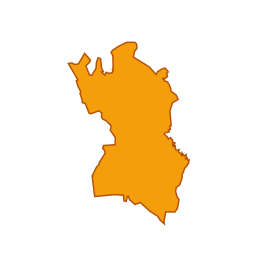 Darazo, Bauchi, Nigeria, rotated 123°
{"feature_id": "59680162B8258215962885", "entity_name": "Darazo", "entity_type": "district", "adm_level": 2, "iso_a3": "NGA", "parent_name": "Nigeria", "parent_adm1": "Bauchi", "projection": "robinson", "projection_center": [10.571, 11.108], "detail": "medium", "context": "isolated", "style": "filled", "palette": "amber", "viewbox_px": 256, "rotation_deg": 123, "n_neighbors": 0, "source": "geoboundaries", "source_scale": "gbopen_adm2", "svg_char_len": 1859}
<svg xmlns="http://www.w3.org/2000/svg" viewBox="0 0 256 256"><g transform="rotate(123 128 128)"><path d="M147.4,53.7L140.3,55.5L137.3,57.5L134.9,57.4L131.7,58.5L124.7,58.0L121.5,59.4L122.4,60.4L121.2,61.7L122.3,62.3L122.4,63.0L120.8,62.6L120.5,63.6L118.7,64.8L120.8,65.6L119.6,68.6L121.2,67.4L122.1,68.1L120.6,69.6L120.6,72.8L118.3,73.3L119.7,74.4L120.2,75.9L118.7,77.9L117.1,78.6L117.4,79.4L118.6,79.7L118.6,80.8L117.0,82.0L116.9,80.1L114.9,80.5L115.6,82.9L113.9,84.1L113.0,87.1L115.3,88.2L114.1,90.1L113.6,94.3L112.2,94.5L108.8,91.4L107.6,93.0L106.2,91.7L104.1,93.9L102.6,93.0L90.9,102.1L82.7,104.5L76.7,101.5L74.0,105.8L73.8,111.7L70.1,115.5L67.9,119.9L68.5,122.9L67.6,125.7L67.0,125.6L66.7,124.0L63.4,122.9L61.2,125.3L59.0,124.8L57.8,128.3L57.7,129.9L60.5,131.9L64.4,133.8L67.8,133.6L65.2,143.5L65.6,162.1L60.5,164.2L56.4,163.9L53.0,166.4L52.4,168.9L56.9,175.8L64.6,180.4L71.1,183.2L73.7,183.4L75.9,179.8L85.4,173.4L87.8,172.8L87.9,171.6L90.3,171.5L92.5,173.6L93.2,176.7L96.3,176.3L95.4,180.7L94.1,179.5L92.2,182.8L84.8,188.7L85.4,191.3L89.9,190.3L95.2,187.4L103.5,187.0L104.3,189.5L98.9,197.1L92.9,196.0L91.4,196.7L89.1,205.0L101.4,204.5L103.9,207.7L104.0,210.5L106.4,213.2L114.9,196.3L116.5,197.1L120.3,192.6L123.2,187.6L125.2,187.0L129.8,181.3L131.7,180.1L130.6,177.4L136.8,168.7L136.3,166.9L129.5,161.8L129.8,158.1L133.2,156.3L134.3,154.1L133.8,150.4L135.2,143.7L137.1,142.3L139.3,142.0L143.0,133.4L149.1,129.7L156.0,139.0L158.9,138.1L159.3,136.1L161.4,133.5L172.3,133.3L174.5,132.5L178.1,133.1L187.7,132.0L187.6,131.2L189.2,130.8L203.6,118.6L190.9,102.6L186.9,95.2L191.3,91.8L190.6,89.5L185.8,91.3L185.1,90.7L187.3,87.5L188.4,80.6L183.8,76.9L185.9,64.1L185.8,55.1L187.7,51.1L188.6,45.4L186.6,47.1L177.7,50.6L172.9,42.9L168.6,42.8L160.3,46.2L159.4,48.8L155.5,53.4L151.7,55.1L147.4,53.7Z" fill="#f59e0b" stroke="#b45309" stroke-width="1.5"/></g></svg>